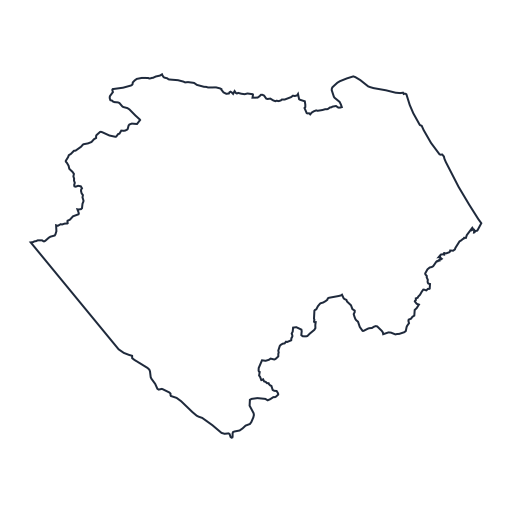 outline of Bo Trach, Quảng Bình, Vietnam
{"feature_id": "81297802B63375818356773", "entity_name": "Bo Trach", "entity_type": "district", "adm_level": 2, "iso_a3": "VNM", "parent_name": "Vietnam", "parent_adm1": "Quảng Bình", "projection": "orthographic", "projection_center": [106.315, 17.487], "detail": "fine", "context": "isolated", "style": "outline", "palette": "slate", "viewbox_px": 512, "rotation_deg": 0, "n_neighbors": 0, "source": "geoboundaries", "source_scale": "gbopen_adm2", "svg_char_len": 5954}
<svg xmlns="http://www.w3.org/2000/svg" viewBox="0 0 512 512"><path d="M221.4,89.1L220.0,88.4L216.1,87.4L208.2,87.5L206.2,86.9L204.0,86.8L196.9,84.9L194.2,83.0L193.3,82.8L188.0,82.1L185.1,82.4L183.4,81.6L178.0,80.2L169.4,79.5L168.5,79.3L167.2,78.3L164.4,77.6L163.6,77.1L162.5,75.5L162.0,74.3L159.9,75.6L155.8,76.5L152.8,77.9L151.9,77.9L150.7,78.3L149.2,78.5L148.2,78.0L141.9,77.9L136.8,78.9L134.7,80.4L132.8,82.4L132.5,84.3L132.0,84.9L131.0,85.5L123.1,87.7L112.7,89.1L112.3,89.9L112.9,92.1L110.0,96.0L109.7,97.1L109.8,98.5L110.4,100.2L112.2,100.7L112.9,101.5L114.4,102.1L117.9,102.4L119.4,103.0L122.3,106.4L123.2,107.0L127.4,108.1L129.4,109.4L135.4,115.5L139.7,119.4L140.1,120.0L137.0,124.0L131.8,123.6L129.4,124.5L128.6,125.5L127.7,129.0L127.0,129.7L125.1,130.6L123.6,130.8L121.3,130.6L119.4,133.7L118.2,134.0L116.2,136.6L115.4,136.8L109.4,135.5L102.2,132.2L100.8,131.8L100.0,132.0L96.5,135.1L96.1,136.0L96.1,138.0L94.0,139.2L91.5,142.0L88.0,143.4L83.7,144.2L82.9,144.6L81.1,146.7L75.6,150.6L73.9,150.8L70.9,153.9L68.8,155.2L68.1,157.1L65.8,160.8L65.8,161.6L67.0,163.0L68.6,165.8L69.3,168.8L72.7,172.1L73.9,173.9L73.4,176.4L74.1,178.6L74.0,180.6L74.8,182.9L74.2,184.8L74.3,186.0L74.5,186.4L75.7,186.7L78.1,185.8L80.8,186.3L82.0,188.3L81.2,189.4L81.0,190.9L81.6,193.3L82.9,195.1L82.5,197.4L83.5,200.7L83.4,201.5L82.5,203.7L82.0,208.2L81.1,209.1L78.7,209.5L77.4,209.3L78.6,212.6L78.8,213.6L78.5,214.3L73.0,216.3L69.9,219.7L67.6,220.7L67.4,221.1L67.7,223.2L67.3,223.5L64.7,223.6L62.0,224.5L60.7,224.2L57.8,225.8L56.1,225.3L56.4,231.2L55.4,234.4L54.7,235.5L50.4,236.7L48.8,237.7L45.3,240.8L44.1,241.4L43.5,241.3L42.0,240.3L37.8,240.3L36.1,241.1L34.3,241.4L33.1,242.1L30.7,242.4L118.6,349.3L123.8,352.9L129.0,354.9L132.1,355.8L132.2,358.2L134.4,359.9L147.6,368.0L149.3,369.6L150.0,371.4L150.7,377.2L151.4,378.7L155.2,383.9L157.4,388.8L158.7,389.6L161.8,388.9L162.7,389.2L169.4,392.5L170.5,393.6L170.5,395.1L170.9,396.0L176.6,397.9L181.1,401.2L192.3,412.0L196.7,415.7L198.7,416.7L202.2,417.9L212.4,425.2L221.5,432.9L224.6,433.8L228.6,433.4L229.6,434.1L230.6,437.0L231.6,437.7L232.4,437.4L232.6,436.4L232.6,433.3L233.0,432.1L234.4,431.5L239.6,430.5L242.6,428.4L245.6,425.6L249.9,424.0L251.3,422.1L253.3,417.5L253.9,415.0L253.6,413.2L249.6,405.7L249.9,399.8L251.6,398.9L257.4,398.1L265.3,398.9L267.7,400.3L270.2,399.2L273.4,397.1L275.0,397.1L275.9,396.7L278.2,394.6L278.2,394.0L277.8,392.9L276.6,391.0L274.3,390.8L272.7,390.0L271.4,385.9L270.2,385.4L269.0,384.2L268.6,383.2L267.0,383.2L265.7,381.9L264.1,381.4L263.1,379.3L261.6,380.1L261.3,380.1L260.1,376.9L259.1,375.5L259.7,372.0L258.9,371.5L258.6,370.6L258.7,368.0L262.0,360.3L265.6,360.8L268.9,359.8L270.6,358.6L274.3,359.5L275.5,359.0L278.0,356.7L278.3,356.3L278.3,353.8L278.7,352.6L278.3,350.6L279.8,345.9L280.7,344.9L282.7,343.7L284.6,343.4L286.0,341.7L287.1,342.0L291.2,340.3L291.4,338.1L291.8,337.7L292.4,336.2L292.3,335.2L291.7,333.6L292.7,331.6L293.1,327.6L296.3,327.2L301.4,329.6L301.7,331.2L301.3,335.1L302.6,336.2L303.7,336.3L306.3,336.3L307.4,336.0L309.9,333.5L314.3,329.9L315.4,328.1L315.3,325.0L315.7,322.1L314.3,322.1L314.0,321.4L314.4,319.8L314.0,318.7L314.4,310.7L314.8,310.1L316.3,309.3L317.9,306.2L320.0,303.7L320.5,303.3L323.2,302.5L325.6,301.1L327.3,299.8L327.8,298.4L328.9,297.8L338.7,296.0L341.0,295.4L342.0,294.7L343.6,298.2L344.4,299.0L346.4,299.9L347.0,301.5L351.0,305.3L352.4,309.1L354.7,310.6L354.7,312.1L353.7,314.1L354.4,316.5L355.3,318.9L356.2,320.2L358.0,321.7L359.8,327.0L362.6,330.9L363.5,330.9L368.0,328.6L369.3,328.2L371.9,328.0L374.0,326.7L375.7,326.1L377.2,326.4L381.8,330.9L382.9,332.5L383.2,334.2L388.5,332.4L390.9,332.6L395.4,334.4L397.1,334.0L399.2,333.9L404.3,332.2L405.8,331.0L406.6,327.0L407.2,325.7L409.0,323.2L408.4,320.9L408.7,319.6L411.0,318.7L412.4,316.8L414.3,315.6L414.7,310.0L416.7,308.1L418.9,304.6L416.7,303.8L414.8,301.4L414.9,301.0L415.9,300.0L415.8,298.4L417.6,297.8L418.3,296.5L420.0,294.8L421.7,291.8L423.3,289.6L423.9,289.6L426.3,290.4L427.9,288.9L429.3,288.9L429.7,288.6L430.0,284.0L428.4,283.6L427.9,282.9L427.6,281.8L427.8,279.8L426.7,277.4L426.8,276.0L425.4,274.4L425.2,273.4L427.5,269.3L429.7,267.5L431.8,267.0L433.2,266.2L436.3,261.7L437.2,261.0L437.7,261.3L438.4,260.7L439.3,260.6L439.1,260.0L439.5,259.4L440.7,259.5L441.7,258.8L439.9,257.3L440.0,256.8L438.8,257.0L440.8,254.6L442.3,254.3L444.1,254.6L444.0,253.2L444.4,253.1L444.6,253.5L446.4,253.3L449.4,252.2L450.0,251.5L450.2,250.5L453.1,250.7L454.9,249.4L455.4,247.9L459.5,241.4L461.2,240.4L462.7,239.1L463.8,238.6L464.1,237.8L465.9,237.9L466.8,235.1L472.3,227.8L472.8,228.6L472.1,229.6L472.1,230.0L473.3,229.4L474.0,229.6L474.3,230.2L474.0,232.5L474.4,232.4L475.5,231.0L477.1,230.7L477.5,230.3L481.3,223.2L478.3,219.1L469.2,204.7L458.6,186.9L445.8,162.0L444.4,158.7L443.9,156.5L442.2,154.5L440.6,154.7L439.5,154.3L431.0,142.9L423.6,130.0L421.7,125.8L420.0,125.1L419.6,124.6L413.3,113.3L409.7,104.9L406.4,94.3L405.8,93.9L404.7,93.6L403.7,94.0L403.0,92.7L400.3,93.1L395.6,92.7L386.0,90.3L373.5,88.1L370.1,87.1L368.2,86.4L360.3,80.1L355.3,77.1L353.3,76.4L346.9,78.4L339.9,81.2L337.4,82.7L334.2,85.6L332.3,87.4L331.8,88.8L331.7,90.1L333.9,96.8L334.6,97.8L339.6,101.9L340.9,104.5L341.8,107.1L340.1,107.6L338.3,107.6L336.0,106.0L332.6,106.6L331.1,107.4L330.1,107.4L328.0,108.9L327.1,109.2L325.2,109.2L322.5,110.0L317.6,110.8L316.2,110.4L313.8,111.3L311.7,112.6L310.2,114.4L309.1,113.3L307.3,113.4L306.7,113.1L304.5,108.0L305.3,107.1L305.3,104.6L304.8,101.3L300.1,99.8L299.1,99.2L298.0,94.0L297.2,95.3L296.8,95.5L294.8,96.0L292.9,95.7L291.1,97.1L284.8,99.5L281.9,99.5L280.9,100.4L279.1,101.0L278.3,101.1L276.7,100.7L275.4,101.2L273.2,100.4L270.3,98.6L267.5,99.0L266.2,98.6L264.1,95.6L262.4,94.8L260.9,94.8L259.6,96.2L257.6,97.6L252.5,97.7L253.0,94.7L252.7,94.2L247.5,93.5L244.6,94.2L241.1,93.7L238.2,92.9L236.9,93.5L235.9,93.0L234.6,91.1L233.1,93.9L231.8,92.5L230.5,91.7L229.5,92.3L228.9,93.5L226.3,93.8L223.5,92.4L221.4,89.7L221.4,89.1Z" fill="none" stroke="#1e293b" stroke-width="2"/></svg>